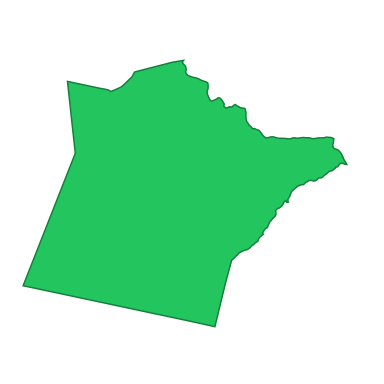 Bondo, Nyanza, Kenya, rotated 12°
{"feature_id": "3690345B84738590288078", "entity_name": "Bondo", "entity_type": "district", "adm_level": 2, "iso_a3": "KEN", "parent_name": "Kenya", "parent_adm1": "Nyanza", "projection": "orthographic", "projection_center": [34.246, -0.149], "detail": "fine", "context": "isolated", "style": "filled", "palette": "green", "viewbox_px": 384, "rotation_deg": 12, "n_neighbors": 0, "source": "geoboundaries", "source_scale": "gbopen_adm2", "svg_char_len": 4431}
<svg xmlns="http://www.w3.org/2000/svg" viewBox="0 0 384 384"><g transform="rotate(12 192 192)"><path d="M110.9,86.6L109.4,91.7L105.4,97.7L102.8,101.5L101.0,103.9L100.4,104.4L99.9,104.7L99.3,105.2L95.2,108.2L94.3,108.8L93.6,109.2L92.9,109.7L92.2,110.3L91.6,110.6L90.5,110.1L89.7,109.7L86.1,109.5L80.9,109.7L47.2,109.7L60.0,148.7L69.8,178.4L46.3,318.8L48.2,318.8L67.5,318.8L109.6,318.8L143.6,318.8L157.0,318.8L174.2,318.8L177.8,318.8L182.3,318.8L222.5,318.8L242.4,319.0L243.7,274.2L245.0,250.3L245.5,249.8L246.4,248.7L247.4,247.1L247.9,246.4L248.5,245.4L248.9,244.9L249.4,244.2L250.4,242.4L250.9,241.7L252.1,240.6L253.7,239.4L255.1,238.3L255.9,237.8L256.4,237.6L257.7,237.1L258.7,236.3L259.8,235.1L260.1,234.7L260.5,234.0L261.4,232.7L261.8,232.1L262.3,231.4L263.3,230.7L263.7,229.6L264.7,228.4L265.1,228.0L265.7,227.5L266.7,226.2L266.9,224.3L267.3,222.9L267.9,221.9L268.6,221.1L269.4,219.7L270.6,218.6L269.4,217.6L269.7,217.0L270.2,215.6L270.4,215.0L270.6,214.4L271.1,213.1L271.4,212.5L272.0,212.0L273.2,211.1L273.3,209.5L273.7,207.6L274.1,205.7L274.4,204.9L275.1,203.8L275.5,203.1L275.8,202.5L276.4,201.3L276.6,200.8L277.7,199.5L278.4,198.2L278.7,196.9L278.7,196.2L278.6,195.6L278.2,194.1L277.6,193.0L278.0,192.0L279.0,190.5L281.0,189.3L281.4,188.7L282.4,187.6L283.2,186.1L283.5,185.4L283.7,184.6L283.7,183.4L284.3,182.5L285.3,181.0L287.0,182.4L288.3,181.9L287.4,180.1L287.4,179.4L287.7,177.9L288.4,176.3L288.6,175.5L288.7,175.0L288.9,173.0L289.2,171.8L289.7,170.4L290.5,169.2L291.3,168.0L292.2,167.0L293.0,166.0L293.7,164.9L294.4,164.1L295.9,163.1L296.6,162.6L298.0,162.0L298.6,161.8L299.2,161.8L300.2,160.8L300.6,160.0L301.4,158.8L302.8,157.9L303.7,156.6L305.4,156.1L306.1,155.9L306.7,155.8L308.0,155.9L308.6,156.0L310.5,155.3L311.7,154.1L312.0,153.6L312.2,153.1L313.0,151.9L315.3,151.4L316.0,150.8L316.9,149.8L317.5,148.9L318.5,147.5L319.4,146.7L320.2,145.8L321.2,144.4L322.6,142.7L324.5,142.3L325.4,141.1L326.0,140.2L327.1,139.1L327.5,137.7L328.1,137.6L328.6,137.4L329.5,136.6L329.7,135.9L329.9,135.3L330.7,133.8L332.2,132.8L332.7,132.6L333.3,132.6L334.6,132.9L335.6,133.1L337.7,132.9L336.8,131.7L336.3,131.2L335.9,130.8L335.0,129.9L334.4,129.2L333.2,127.9L332.5,126.5L331.4,125.2L330.2,123.6L328.8,122.3L328.0,121.7L326.9,120.9L325.5,120.3L323.7,120.1L322.8,120.1L321.6,119.7L320.7,118.6L320.0,117.2L319.9,116.3L320.0,114.3L319.9,113.4L319.8,112.6L319.7,110.4L318.2,110.0L317.3,109.8L316.5,109.8L315.3,110.0L314.7,110.0L314.1,110.1L312.6,110.3L312.1,110.4L311.5,110.6L310.4,111.3L308.7,111.8L307.2,112.1L306.2,112.4L304.6,112.7L303.6,113.1L302.4,113.6L300.9,114.2L300.2,114.4L299.4,114.6L297.9,114.8L296.8,114.6L296.2,114.5L295.6,114.6L294.1,114.8L293.6,115.0L292.8,115.2L291.0,115.4L290.3,115.4L289.7,115.5L288.0,116.0L286.7,116.6L286.1,116.7L285.5,116.9L283.7,117.6L282.9,117.5L281.4,117.6L280.8,117.7L280.0,118.0L278.6,118.5L277.5,119.4L276.7,119.6L275.0,120.0L274.0,120.1L272.8,120.1L271.7,120.3L270.9,120.4L269.2,120.7L266.8,121.2L264.4,121.5L261.8,121.3L260.3,121.1L258.8,121.4L257.4,121.8L256.7,122.1L255.6,123.0L254.9,123.1L253.5,123.6L252.9,123.7L251.0,122.8L250.3,122.4L249.5,121.8L248.2,120.6L247.5,120.0L246.8,119.4L245.5,118.3L244.9,117.8L242.4,117.5L241.5,117.4L240.1,116.9L238.6,117.3L238.1,117.5L236.9,116.5L236.5,116.2L235.9,115.8L234.9,115.2L234.3,115.0L232.4,113.0L231.0,111.9L230.5,110.7L230.2,110.2L229.5,108.6L229.3,107.9L229.2,107.3L228.8,105.8L228.5,104.2L228.4,103.6L227.9,102.2L227.6,101.6L227.3,101.0L226.8,99.8L225.5,99.2L223.6,99.5L221.6,99.4L221.0,99.2L219.3,98.6L217.7,98.3L216.2,97.4L215.0,98.3L214.6,98.7L214.2,99.4L213.4,100.6L211.8,100.7L211.3,100.7L209.6,101.7L209.1,102.3L207.6,102.9L207.1,102.5L205.9,101.9L205.5,101.6L205.1,101.1L205.4,99.9L205.3,99.3L205.1,98.9L204.0,98.3L203.7,97.6L203.4,97.0L202.3,96.1L201.7,95.5L200.6,94.8L200.0,94.5L199.3,94.3L198.0,94.4L197.4,95.1L196.3,96.3L195.7,96.7L195.1,97.1L193.6,98.4L192.2,99.0L191.4,98.7L190.0,97.8L188.9,96.3L187.7,94.4L186.7,93.3L185.9,90.7L186.1,88.5L186.2,87.7L186.1,86.9L185.7,84.7L185.1,82.8L184.6,81.9L182.5,81.3L181.6,81.2L180.6,81.1L178.5,80.9L176.4,80.4L175.7,80.1L174.8,79.9L172.9,79.6L170.9,79.5L169.4,79.6L168.7,79.6L168.0,79.5L165.9,79.2L163.9,78.9L162.3,77.8L161.1,76.6L160.9,75.8L160.9,75.2L160.9,73.6L160.7,73.0L160.5,72.4L159.9,71.0L159.4,70.3L158.8,69.7L157.2,68.7L156.6,68.3L156.1,67.9L155.7,66.6L156.4,65.0L145.5,69.3L131.7,76.2L113.4,85.3L110.9,86.6Z" fill="#22c55e" stroke="#15803d" stroke-width="1.5"/></g></svg>